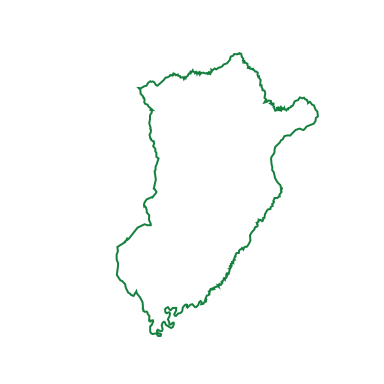 outline of Santander De Quilichao, Cauca, Colombia, rotated 202°
{"feature_id": "7082276B54402931041417", "entity_name": "Santander De Quilichao", "entity_type": "district", "adm_level": 2, "iso_a3": "COL", "parent_name": "Colombia", "parent_adm1": "Cauca", "projection": "equal_earth", "projection_center": [-76.497, 2.997], "detail": "fine", "context": "isolated", "style": "outline", "palette": "green", "viewbox_px": 384, "rotation_deg": 202, "n_neighbors": 0, "source": "geoboundaries", "source_scale": "gbopen_adm2", "svg_char_len": 6061}
<svg xmlns="http://www.w3.org/2000/svg" viewBox="0 0 384 384"><g transform="rotate(202 192 192)"><path d="M103.6,309.3L105.9,313.5L108.5,314.8L111.4,318.0L113.2,317.9L116.4,319.8L117.7,318.0L118.0,319.2L118.9,319.2L120.0,320.5L122.0,320.4L123.5,321.4L124.7,320.2L127.4,320.1L128.1,317.0L130.8,314.6L130.8,310.2L131.5,308.9L132.1,308.8L132.4,307.3L133.9,306.1L133.8,304.8L134.6,304.9L135.1,303.1L135.9,303.6L137.1,303.2L138.0,304.7L138.3,303.4L139.1,303.6L139.6,301.7L140.3,302.8L140.3,300.0L141.6,302.6L141.8,300.7L142.4,300.4L142.6,302.5L143.4,302.9L144.8,301.9L143.9,300.5L144.9,298.7L145.5,298.6L147.0,300.6L148.0,301.0L147.9,301.8L148.8,302.4L149.3,303.9L150.1,303.1L150.5,304.2L151.5,303.3L152.8,303.4L152.1,304.6L153.0,306.0L155.5,305.4L156.0,304.1L158.4,302.1L157.9,305.6L160.1,306.5L161.0,310.9L162.7,313.1L164.8,312.8L165.1,314.0L166.6,315.0L167.5,317.0L168.8,316.5L170.4,321.6L172.2,322.7L173.2,324.3L173.8,323.6L175.3,325.4L175.6,327.1L177.1,327.8L178.5,327.3L180.3,328.4L181.7,328.3L181.8,329.0L184.1,328.1L185.3,329.3L185.7,328.2L186.7,328.0L186.7,329.0L187.9,330.1L188.6,331.6L191.0,332.0L191.8,331.5L192.2,332.5L192.9,331.8L193.1,333.1L194.0,332.9L194.4,334.8L196.5,336.0L198.1,338.5L200.0,338.5L200.2,337.5L201.2,337.4L201.6,336.6L204.6,335.7L204.9,333.8L206.7,332.2L206.8,330.2L206.2,329.2L207.8,324.3L210.5,322.0L211.0,319.9L212.7,317.9L213.4,317.8L215.4,314.8L217.3,315.0L218.6,312.3L219.8,312.6L218.9,310.8L219.4,310.3L219.3,308.8L220.2,309.4L220.2,308.0L221.2,307.7L221.7,308.5L222.1,307.4L222.8,307.8L223.9,307.0L226.4,306.8L228.0,305.9L228.3,304.8L229.1,305.5L229.1,304.6L229.8,305.6L230.1,304.7L230.7,305.4L231.6,304.6L231.6,303.5L232.4,304.4L233.4,303.5L233.5,304.6L234.9,303.3L234.6,304.1L236.2,304.2L236.9,305.0L237.1,303.5L238.5,303.1L238.5,302.6L237.6,302.6L237.7,301.3L239.4,300.4L239.5,298.0L240.6,296.4L240.5,295.2L241.5,295.8L241.8,293.7L243.1,295.1L245.6,293.8L246.5,294.9L248.5,294.6L249.2,295.6L250.8,294.2L252.3,295.0L253.2,293.3L253.8,294.2L254.1,292.6L256.0,292.4L256.0,291.2L257.7,289.1L259.3,288.2L260.4,284.5L263.9,277.6L265.6,277.7L268.1,279.6L269.8,279.8L271.0,278.9L272.2,279.0L273.6,276.7L274.0,273.5L275.9,272.1L278.1,269.2L280.4,268.4L278.2,267.4L276.5,263.9L273.0,262.2L272.2,260.9L271.6,261.1L270.6,260.0L269.9,257.4L268.7,256.3L265.8,256.3L264.6,255.1L259.8,253.4L261.4,253.1L261.2,252.4L259.5,252.6L259.1,250.0L259.6,248.4L259.5,246.9L258.2,243.7L257.4,239.7L254.3,235.8L254.4,234.9L253.2,234.1L252.6,231.7L252.8,229.1L250.7,226.1L249.9,226.0L249.8,225.3L248.2,224.6L246.3,224.6L246.2,223.7L245.2,222.8L245.2,220.0L242.0,218.1L241.3,216.0L239.7,215.0L238.2,211.3L235.6,210.6L235.1,204.1L235.3,202.0L234.1,198.9L234.5,197.4L230.2,190.0L228.7,180.8L227.9,180.8L225.0,178.8L224.9,178.0L226.8,171.9L227.6,172.0L231.3,168.1L232.1,164.4L231.6,161.7L230.9,160.7L230.7,161.2L229.7,161.0L227.5,158.8L226.3,156.1L223.0,154.5L221.5,150.1L218.3,147.0L217.8,145.8L220.8,144.5L223.9,144.3L229.1,138.6L233.1,125.0L233.9,123.6L234.7,124.3L234.8,122.7L235.7,120.7L235.3,120.4L240.6,113.1L238.5,109.2L238.4,105.6L236.4,100.9L234.0,98.5L233.1,96.5L230.6,86.9L225.2,83.2L223.7,83.4L219.4,81.5L217.6,78.5L213.4,74.8L211.1,74.5L210.3,73.8L207.3,73.7L206.4,79.1L205.3,77.4L200.9,75.0L196.5,71.2L194.2,66.6L194.0,65.3L193.0,64.8L192.7,63.6L191.0,63.2L189.2,64.1L188.2,63.6L187.6,62.5L185.0,61.0L183.6,56.7L182.3,57.3L182.0,56.5L180.3,58.4L179.5,57.7L179.5,54.1L179.7,52.9L180.3,52.6L180.3,51.4L178.5,47.0L177.3,45.8L175.4,45.5L172.2,47.5L169.4,45.8L167.1,46.9L167.4,48.6L170.0,48.4L171.9,49.2L172.5,50.1L172.1,51.5L169.2,51.0L167.7,52.1L167.9,53.9L170.2,57.1L170.2,59.9L169.4,61.2L168.2,60.9L166.6,59.1L161.9,58.2L160.3,58.2L159.2,59.8L159.4,62.8L160.1,64.0L161.0,63.5L162.1,61.1L163.3,60.7L164.6,63.1L166.7,64.9L166.3,68.2L166.8,71.1L168.2,71.9L170.1,70.1L171.3,70.3L173.0,72.7L172.8,74.2L171.2,76.2L168.6,74.5L167.5,74.4L166.4,77.3L163.2,78.6L162.3,76.0L162.7,72.0L161.6,70.9L160.5,71.1L159.2,74.3L157.6,75.2L156.7,76.8L156.5,78.3L157.3,81.4L156.4,84.2L155.5,85.4L154.3,85.5L153.8,83.4L152.9,83.1L151.2,86.9L149.7,88.1L146.1,86.4L145.0,86.9L143.9,89.5L144.0,92.7L143.2,94.1L141.8,93.5L141.4,91.4L139.6,92.6L139.4,94.1L138.0,95.8L138.3,96.5L139.3,96.5L139.4,97.5L138.8,98.0L139.5,98.5L139.5,101.5L138.6,102.0L137.5,103.4L138.2,104.1L137.9,105.2L139.0,106.0L138.3,106.7L138.7,107.3L138.1,108.2L138.4,109.1L137.6,109.7L137.0,109.3L136.4,110.6L135.9,109.7L135.2,110.2L135.9,110.5L134.8,112.7L133.8,113.2L133.2,114.4L132.1,114.1L133.0,115.0L131.9,114.9L131.7,115.7L132.6,115.8L132.2,116.7L131.5,116.0L131.2,116.7L129.7,116.6L130.5,117.0L130.1,117.9L130.8,119.3L130.0,119.5L130.6,120.5L129.7,122.1L130.1,122.9L130.0,123.9L128.7,123.3L129.1,124.4L128.7,125.4L128.2,125.3L128.0,126.3L128.2,126.9L129.0,126.3L128.2,127.7L129.2,128.1L129.3,129.3L128.1,129.1L127.5,129.8L128.2,130.2L127.5,130.8L128.0,134.8L128.7,134.9L127.9,135.8L128.3,136.5L127.8,136.4L127.6,138.0L128.9,138.0L128.1,139.3L128.9,140.0L128.0,140.9L128.4,141.6L127.4,141.6L128.2,142.5L127.5,143.0L128.0,144.6L127.1,145.2L127.8,145.6L128.0,147.0L127.5,148.2L128.0,148.4L127.9,152.0L125.7,153.1L126.4,155.2L125.9,156.6L124.8,157.7L124.6,158.8L122.9,157.8L122.9,160.0L122.2,161.1L120.8,161.6L120.0,164.2L119.6,168.8L122.0,173.5L121.5,177.1L120.1,181.0L120.4,181.8L120.0,183.6L119.0,183.9L118.5,185.3L119.0,186.4L119.7,186.6L119.8,187.6L120.4,187.8L119.3,189.2L119.9,191.3L118.6,191.1L117.9,191.9L116.1,191.2L115.7,191.6L115.6,193.0L116.3,194.3L115.2,195.0L116.0,198.9L115.5,203.0L115.0,204.4L112.9,205.5L113.4,207.5L112.0,209.4L113.2,210.8L112.4,212.1L112.3,213.6L113.2,214.0L113.2,217.4L110.7,218.3L109.7,220.4L109.0,220.8L109.9,222.0L109.0,225.7L110.2,226.6L109.8,228.1L110.1,229.1L111.0,228.7L112.4,231.3L116.1,232.9L120.1,235.9L123.6,241.0L125.9,242.4L126.7,244.9L128.8,247.8L131.2,252.6L131.4,254.2L130.3,259.1L131.5,263.0L131.7,265.2L129.2,270.5L128.8,273.4L127.7,274.6L127.2,278.5L124.3,280.5L122.2,281.0L119.2,288.3L116.0,291.1L112.1,291.1L111.2,292.4L110.3,295.6L104.7,301.0L104.1,304.1L104.9,307.1L103.6,309.3Z" fill="none" stroke="#15803d" stroke-width="2"/></g></svg>